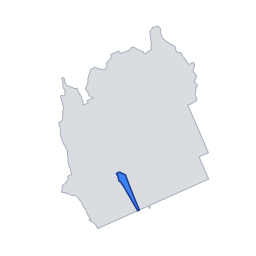 Al Buhaira, River Nile, Sudan shown in context, rotated 156°
{"feature_id": "16777658B74414599531320", "entity_name": "Al Buhaira", "entity_type": "district", "adm_level": 2, "iso_a3": "SDN", "parent_name": "Sudan", "parent_adm1": "River Nile", "projection": "natural_earth1", "projection_center": [32.571, 20.233], "detail": "fine", "context": "in_parent", "style": "filled", "palette": "blue", "viewbox_px": 256, "rotation_deg": 156, "n_neighbors": 0, "source": "geoboundaries", "source_scale": "gbopen_adm2", "svg_char_len": 4583}
<svg xmlns="http://www.w3.org/2000/svg" viewBox="0 0 256 256"><g transform="rotate(156 128 128)"><path d="M168.3,200.4L166.4,200.4L166.2,199.9L166.2,198.4L166.4,197.3L167.1,195.6L166.9,194.6L167.0,193.3L166.5,191.7L161.9,187.2L161.0,186.0L158.4,184.9L158.9,183.6L157.9,174.5L158.4,173.4L158.5,171.8L158.5,170.4L159.1,168.1L159.2,167.1L154.2,167.0L154.1,168.0L154.4,169.1L154.4,169.6L147.5,169.6L150.2,173.2L150.3,174.8L150.2,176.7L150.2,178.0L150.4,178.8L151.1,180.4L151.1,180.7L150.9,181.1L146.0,185.9L145.2,188.1L144.5,189.3L143.1,191.2L138.6,196.3L137.9,196.7L134.5,196.9L134.2,197.0L133.9,197.2L130.8,194.2L125.9,190.6L122.7,192.4L121.8,193.1L121.8,194.9L121.3,195.8L120.4,196.7L118.0,197.3L116.8,197.9L115.3,198.8L113.8,200.5L113.7,201.3L113.9,202.1L105.6,202.0L105.0,201.4L103.9,198.7L103.0,198.9L95.5,198.6L94.4,198.9L92.2,200.0L91.1,200.2L90.0,199.7L86.1,194.3L85.2,193.7L84.3,192.4L83.5,191.9L83.2,191.5L83.1,190.9L83.1,189.7L82.9,189.0L82.2,188.8L76.9,190.1L76.1,189.9L75.0,190.1L74.6,190.4L74.2,191.1L74.1,192.5L73.9,193.2L73.5,194.0L72.0,195.9L71.7,196.6L71.7,198.6L71.6,199.6L71.4,200.1L70.7,200.9L70.5,201.3L70.2,203.8L69.4,205.4L69.2,205.9L69.1,207.0L69.0,207.4L66.5,208.3L65.6,208.8L65.1,209.7L64.9,210.1L63.9,209.7L62.6,209.5L60.1,209.3L59.1,208.8L58.6,208.2L58.8,206.7L58.5,206.4L58.1,206.1L57.8,205.4L57.9,204.6L59.3,202.8L59.5,201.9L59.9,197.4L59.8,196.1L58.8,193.6L56.4,189.2L55.8,188.4L52.8,184.8L52.5,184.3L51.8,182.8L52.6,179.5L52.6,178.6L52.4,177.6L51.7,176.9L51.0,176.8L50.1,176.0L49.5,175.6L49.0,174.8L48.7,173.7L49.0,169.8L48.8,169.3L48.0,169.2L47.9,168.9L47.9,168.1L47.5,165.9L47.1,164.1L47.3,163.1L46.7,161.7L45.5,161.1L43.0,161.6L42.3,161.5L41.8,161.2L41.4,160.7L41.2,160.1L41.4,159.2L42.1,157.6L43.0,156.2L44.7,155.0L45.2,154.3L45.5,153.6L45.5,152.8L45.4,151.9L45.2,151.1L44.7,150.0L44.3,148.7L44.3,147.9L44.5,147.3L45.0,146.6L46.7,145.1L48.5,143.9L48.8,143.5L48.7,143.0L47.9,142.0L47.7,140.1L47.2,138.8L48.1,137.8L48.8,137.5L49.8,137.1L50.3,136.7L50.4,135.9L50.4,135.2L50.7,134.6L51.3,133.4L51.7,132.8L53.0,131.4L53.3,130.5L53.4,129.6L53.1,126.9L53.9,125.8L54.9,124.8L56.3,124.9L58.5,124.7L60.0,124.3L61.1,124.3L63.6,124.8L63.8,124.6L64.0,123.9L64.6,72.7L74.7,72.8L74.8,72.7L75.1,48.5L138.7,48.5L139.3,48.4L140.3,46.1L140.7,45.9L141.3,46.1L141.6,46.6L141.0,48.5L196.5,48.4L196.7,51.2L197.1,53.4L198.7,56.6L200.1,58.3L200.6,59.2L200.6,59.7L200.6,60.1L200.2,59.6L199.5,59.3L199.4,60.8L199.7,63.8L200.3,65.9L199.9,67.9L200.0,71.2L200.8,75.2L200.6,77.8L201.8,83.7L203.0,87.0L203.6,87.8L204.3,88.3L205.6,88.6L207.6,90.2L209.2,92.0L209.8,92.9L210.5,94.0L211.1,93.8L211.4,93.5L211.9,94.3L214.4,96.1L214.8,96.9L213.9,97.7L212.9,99.1L212.4,100.4L212.1,100.8L211.3,101.6L211.1,102.0L210.8,102.3L210.4,102.3L209.6,102.7L208.8,102.6L208.0,102.8L207.7,103.1L207.1,103.4L206.3,103.6L205.0,104.6L203.9,105.2L203.5,105.6L202.9,107.8L202.5,108.4L200.8,108.4L200.0,108.6L198.9,108.4L198.4,108.4L198.2,108.9L198.0,110.7L198.1,111.5L197.2,113.7L197.4,117.6L196.6,120.6L196.4,121.3L195.5,123.7L195.1,124.6L193.9,129.0L193.5,130.3L192.5,131.8L193.5,142.4L192.7,145.6L192.8,147.4L192.2,150.0L191.7,151.2L191.0,152.7L190.4,154.3L189.8,156.5L189.5,160.5L189.3,160.9L186.3,161.4L185.4,161.7L184.8,162.2L184.0,163.2L182.5,166.1L181.7,167.8L180.5,170.2L179.0,171.9L178.7,172.8L178.5,174.3L177.9,176.7L177.5,178.5L177.5,179.9L177.1,182.3L177.2,183.4L176.7,184.1L176.0,184.7L175.5,184.9L173.4,183.3L172.0,184.4L171.1,185.9L170.4,187.5L170.8,190.9L170.7,191.6L170.5,192.4L169.2,195.7L168.8,197.2L168.3,199.8L168.3,200.4Z" fill="#d9dde1" stroke="#a8b0b8" stroke-width="1"/><path d="M152.8,48.4L152.1,48.4L151.2,48.4L151.0,48.5L150.9,49.4L150.9,49.5L150.9,50.2L150.9,52.0L150.9,54.2L150.8,56.4L150.8,56.5L150.8,56.8L150.8,57.2L150.7,60.9L150.6,62.0L150.6,63.9L150.4,66.9L150.4,67.6L150.4,68.8L150.3,69.4L150.3,70.5L150.1,74.1L150.1,74.9L150.1,75.9L150.0,76.6L150.0,77.0L150.0,77.5L149.9,78.5L149.7,82.3L149.7,82.9L149.6,83.2L149.6,83.4L149.6,83.7L149.5,85.9L149.4,85.9L149.4,86.1L149.6,86.4L149.8,86.6L150.2,87.1L150.4,87.3L150.6,87.5L150.8,87.7L151.0,88.0L151.3,88.4L151.6,88.7L152.2,89.5L153.1,90.5L153.3,90.7L153.4,90.8L153.5,90.9L153.5,91.0L154.0,91.0L154.8,91.2L155.0,91.3L156.3,91.2L156.9,91.1L157.0,91.1L157.0,90.9L157.1,90.4L157.0,89.5L156.9,88.9L156.7,88.2L156.7,87.9L157.1,87.0L157.2,86.2L157.6,84.3L157.7,83.7L157.8,83.2L157.5,82.9L157.1,82.1L156.7,81.7L156.4,81.4L156.3,81.1L156.5,80.4L156.5,80.1L156.1,79.3L156.2,79.0L156.3,78.9L156.0,78.5L155.9,77.8L154.4,63.8L154.1,60.8L152.8,48.6L152.8,48.4L152.8,48.4Z" fill="#3b82f6" stroke="#1e3a8a" stroke-width="1.5"/></g></svg>